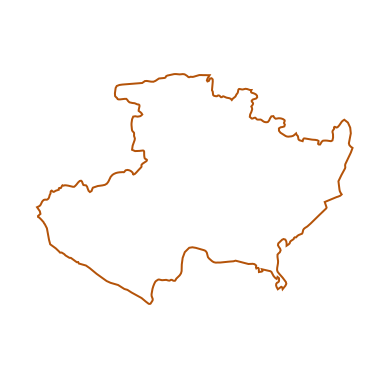 SVG path tracing the border of Michoacán, rotated 11°
{"feature_id": "MEX-2720", "entity_name": "Michoacán", "entity_type": "State", "adm_level": 1, "iso_a3": "MEX", "parent_name": "Mexico", "parent_adm1": "", "projection": "robinson", "projection_center": [-101.77, 19.16], "detail": "fine", "context": "isolated", "style": "outline", "palette": "amber", "viewbox_px": 384, "rotation_deg": 11, "n_neighbors": 0, "source": "natural_earth", "source_scale": "10m", "svg_char_len": 5993}
<svg xmlns="http://www.w3.org/2000/svg" viewBox="0 0 384 384"><g transform="rotate(11 192 192)"><path d="M172.6,309.5L172.0,309.9L170.8,310.0L167.6,308.4L162.7,305.7L151.8,302.2L147.3,300.4L144.1,300.1L137.2,297.4L129.4,296.7L125.2,295.7L113.9,290.5L106.2,286.3L101.9,284.4L94.6,283.8L93.6,282.5L92.3,282.9L85.7,279.8L84.2,280.0L79.9,278.4L78.5,277.4L75.6,276.3L74.1,276.7L72.6,275.6L69.0,273.3L62.8,270.4L60.8,266.3L56.5,255.3L53.6,251.6L52.9,251.1L52.1,250.0L49.4,247.9L46.8,246.2L45.7,245.9L45.4,245.0L47.4,242.4L46.3,239.9L42.8,236.5L44.8,235.0L45.6,234.0L46.1,232.5L46.7,230.1L47.3,229.0L48.0,228.1L49.2,227.5L50.4,227.4L51.4,227.0L52.3,225.9L52.7,224.7L52.9,222.1L53.4,220.5L53.2,218.7L53.3,218.2L53.6,217.7L54.0,217.4L55.7,218.3L56.4,218.2L58.1,216.7L60.8,215.2L60.6,213.9L60.8,213.5L61.1,213.3L62.2,213.3L62.6,213.0L62.9,211.9L63.2,210.8L63.6,210.1L64.7,210.3L65.8,209.7L66.9,209.5L69.3,209.4L74.2,209.6L75.4,209.3L76.2,208.3L77.1,206.9L78.5,204.2L79.7,202.6L80.9,202.1L82.0,202.7L83.0,204.4L84.1,205.9L86.7,205.7L88.0,206.8L89.0,208.6L90.3,210.6L91.8,211.5L93.2,210.2L93.7,207.2L94.0,206.6L98.4,204.1L102.8,202.6L105.1,201.6L106.8,200.1L107.9,197.9L109.3,192.6L110.7,190.3L112.1,189.0L113.7,187.9L115.4,187.1L117.1,186.5L120.2,185.7L121.3,185.6L121.7,185.2L122.5,183.7L123.0,183.2L124.7,182.6L126.6,182.7L128.4,183.3L130.0,184.3L130.3,184.8L130.7,185.8L131.2,186.0L132.4,185.2L133.6,183.5L135.6,180.2L137.4,177.4L137.6,176.8L137.3,175.5L137.3,174.9L138.1,173.6L141.4,170.4L141.7,169.2L141.1,168.7L140.1,168.5L139.2,168.0L138.6,166.8L138.1,165.2L137.3,161.5L137.0,161.0L136.6,160.7L136.0,160.6L132.5,161.7L128.3,162.7L125.1,162.0L124.9,157.9L125.8,151.9L125.7,150.3L124.4,148.0L124.1,146.1L123.8,145.0L123.4,144.6L122.1,143.7L121.4,142.9L121.0,141.8L119.8,137.7L119.5,135.9L119.3,132.1L119.9,129.2L121.8,128.5L124.3,128.4L126.6,127.5L127.6,126.6L128.4,125.4L127.5,124.4L126.5,123.7L124.2,122.6L124.0,121.8L124.1,117.7L123.8,116.8L123.4,116.5L123.0,116.3L121.6,116.4L118.8,115.8L116.6,116.0L113.5,115.9L112.0,115.0L110.9,113.9L109.7,113.1L107.9,113.5L103.5,114.9L102.4,115.1L101.3,115.0L100.3,113.9L99.6,113.6L98.2,112.5L97.5,109.8L97.2,104.5L97.9,102.3L100.3,100.8L103.2,99.8L122.3,94.5L124.6,92.1L126.5,91.6L130.8,91.5L133.1,91.1L134.9,89.9L137.9,86.9L143.2,85.3L144.1,84.7L144.5,83.3L145.6,82.4L151.9,79.7L153.6,79.3L157.5,78.9L160.5,78.0L162.1,77.9L162.9,78.1L165.1,79.0L166.6,79.9L167.5,79.8L168.7,79.1L170.2,79.0L171.5,78.6L176.9,75.8L187.0,74.0L185.6,77.6L185.3,79.6L186.1,80.5L187.3,79.8L188.1,77.2L189.5,76.6L190.8,77.5L191.3,79.6L192.2,88.3L193.2,89.5L193.9,91.8L194.4,92.9L195.4,93.4L197.4,93.4L198.2,93.2L199.1,92.3L199.9,92.1L200.7,92.3L202.4,93.4L203.2,93.2L204.0,92.3L204.7,92.1L207.8,92.8L210.7,92.8L212.2,93.1L213.5,94.1L214.1,92.8L216.4,90.0L217.0,87.8L217.7,86.5L218.0,85.6L218.0,82.8L218.3,82.1L218.9,81.8L221.6,81.8L222.4,81.6L224.8,80.5L226.5,80.4L229.4,80.8L230.9,80.5L230.6,81.7L230.9,82.6L231.5,83.1L234.1,83.4L235.9,83.9L237.4,85.0L237.9,86.6L237.1,88.0L234.1,89.6L233.2,90.9L233.4,91.8L234.5,92.6L235.0,93.3L235.1,93.9L234.6,95.6L233.9,96.7L234.9,98.1L235.3,99.3L235.0,102.0L234.3,104.8L234.4,107.2L236.6,108.5L237.5,108.3L239.0,107.3L239.8,107.0L240.3,107.2L241.6,108.2L242.2,108.4L243.3,108.3L245.4,107.8L246.4,108.0L247.9,108.8L249.6,109.4L251.4,109.4L253.0,108.9L254.0,107.2L254.6,104.7L255.5,102.6L257.4,102.0L258.3,103.0L259.2,103.7L260.2,104.1L263.2,103.0L265.2,102.8L267.2,103.0L269.0,103.7L269.4,104.3L269.4,105.1L269.1,106.7L270.3,108.2L270.1,110.0L268.5,110.9L266.6,111.6L265.2,113.0L265.7,115.3L267.5,116.9L273.3,119.2L274.6,119.4L276.0,119.3L279.2,118.3L280.6,117.5L281.7,116.3L283.0,114.6L283.6,115.7L285.3,117.0L286.5,120.0L287.5,120.7L290.9,121.0L291.1,119.1L291.5,118.2L292.3,117.9L299.8,117.7L303.2,117.3L305.1,117.3L306.4,117.7L306.7,118.8L306.5,119.8L306.6,120.7L307.5,121.2L308.7,120.9L309.8,117.8L310.9,116.6L312.8,116.1L314.8,115.8L318.7,115.6L320.0,114.6L320.1,111.7L319.4,108.4L318.4,106.2L318.4,105.2L318.8,104.2L319.5,102.7L319.2,102.0L319.1,101.5L319.4,100.9L319.9,100.8L321.7,101.1L322.5,100.6L323.3,99.4L324.0,98.1L325.6,94.4L326.4,93.3L327.7,92.0L331.8,94.1L335.0,98.6L336.7,104.1L336.7,114.3L337.6,116.0L339.2,117.2L341.2,118.1L340.4,123.0L337.2,135.4L337.2,136.5L337.8,138.7L337.7,139.7L335.4,147.0L333.7,153.5L336.3,161.5L337.0,163.1L338.0,164.4L339.4,165.8L338.3,167.3L336.4,168.6L334.9,169.4L324.2,176.5L326.6,180.7L327.1,181.7L326.8,182.6L321.3,190.4L314.4,200.4L311.8,203.8L309.8,205.7L308.9,206.8L308.4,208.0L308.3,210.8L308.0,211.9L304.9,213.9L303.9,214.9L302.8,216.7L301.5,216.9L301.0,217.5L300.7,218.9L298.5,221.1L297.9,222.0L297.6,223.9L296.8,225.0L295.1,226.7L294.7,224.5L293.9,222.4L292.7,220.9L290.9,220.7L289.6,221.6L286.5,226.0L286.5,227.8L287.7,229.3L289.3,230.8L290.1,232.3L289.7,234.4L288.7,235.7L287.9,237.1L288.3,239.4L289.7,243.5L290.0,245.6L290.1,250.3L290.4,252.3L291.2,253.9L292.9,255.4L297.2,258.7L301.3,262.4L302.1,264.1L301.6,266.1L299.5,270.1L298.8,268.5L297.9,268.0L297.6,268.1L294.8,271.1L293.1,269.0L292.4,267.7L292.2,266.2L292.7,265.0L293.6,264.3L294.3,263.4L294.4,262.5L293.9,260.2L293.6,259.8L292.2,259.1L292.2,259.5L291.6,260.8L291.6,261.1L290.5,260.7L289.2,259.8L288.0,258.8L285.2,255.3L284.1,254.8L275.3,254.5L276.3,256.0L275.7,256.8L273.0,257.8L272.4,255.5L272.1,254.4L271.6,253.9L269.7,254.3L269.6,254.5L269.2,253.9L269.1,252.4L269.0,251.9L267.1,250.9L265.3,250.9L261.1,251.9L247.9,251.1L245.9,252.1L241.6,253.3L233.0,255.9L228.5,256.8L226.6,256.7L224.8,256.0L221.4,254.0L220.1,252.9L218.1,248.7L217.0,247.6L215.8,247.0L214.5,246.8L206.4,246.1L202.9,246.2L199.9,247.3L196.4,252.4L195.4,258.5L195.8,265.1L196.9,271.6L196.7,274.0L195.8,276.2L193.1,280.1L192.6,281.7L192.3,282.3L191.4,282.6L190.5,282.6L189.0,282.1L188.2,282.2L187.0,283.2L185.9,283.4L183.4,283.2L179.4,284.3L176.4,284.2L175.6,284.4L174.1,285.8L173.4,286.6L173.0,287.4L172.5,289.2L172.0,291.8L171.7,294.6L171.8,300.1L172.2,301.8L173.9,304.6L174.0,306.0L172.6,309.5Z" fill="none" stroke="#b45309" stroke-width="2"/></g></svg>